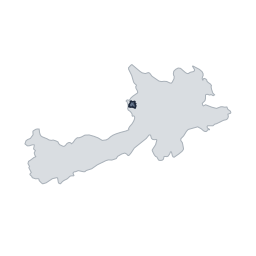 Xaythany, Vientiane [prefecture], Laos shown in context, rotated 107°
{"feature_id": "54806243B16467343540184", "entity_name": "Xaythany", "entity_type": "district", "adm_level": 2, "iso_a3": "LAO", "parent_name": "Laos", "parent_adm1": "Vientiane [prefecture]", "projection": "mercator", "projection_center": [102.749, 18.15], "detail": "fine", "context": "in_parent", "style": "filled", "palette": "slate", "viewbox_px": 256, "rotation_deg": 107, "n_neighbors": 0, "source": "geoboundaries", "source_scale": "gbopen_adm2", "svg_char_len": 5215}
<svg xmlns="http://www.w3.org/2000/svg" viewBox="0 0 256 256"><g transform="rotate(107 128 128)"><path d="M91.5,36.8L92.7,38.9L98.1,44.7L99.0,46.2L101.0,47.4L102.6,52.5L103.3,52.8L104.2,52.5L104.9,51.8L105.4,49.8L105.8,49.6L106.4,51.2L107.9,51.7L108.6,52.4L108.8,53.6L108.6,54.9L107.3,57.8L106.5,61.7L111.8,70.0L114.0,71.1L119.3,72.5L122.8,74.3L124.5,73.9L126.1,71.8L128.0,70.7L131.5,68.9L132.5,68.8L134.5,69.5L137.7,71.6L142.5,75.4L142.4,76.5L141.5,77.5L138.9,79.0L138.0,80.0L138.6,80.4L140.7,80.6L143.3,81.5L144.0,82.5L144.5,84.8L144.9,85.2L147.3,85.0L148.0,85.3L148.9,86.0L149.7,87.9L149.7,89.4L147.3,91.9L147.1,93.4L145.8,95.2L142.6,98.2L141.8,98.4L135.8,96.7L131.1,96.9L130.7,97.6L131.5,99.4L131.7,101.2L131.0,102.6L128.3,104.3L128.2,105.1L128.7,105.9L132.7,107.5L145.3,116.1L151.0,117.8L153.6,118.9L154.2,119.5L154.2,120.2L153.5,121.2L153.0,122.9L153.0,123.9L153.6,124.8L154.6,126.3L158.1,129.6L160.7,130.3L163.4,134.1L164.2,137.3L165.5,139.4L172.1,146.5L177.6,150.8L180.8,155.4L182.4,156.5L182.9,158.2L183.3,163.1L185.2,165.5L185.6,166.5L186.4,167.2L187.3,167.4L189.2,165.8L189.6,166.0L190.5,168.6L191.3,169.5L194.2,171.1L197.2,174.2L198.9,175.3L201.0,176.2L201.2,177.2L200.9,178.2L200.2,178.8L196.6,180.6L196.2,181.4L198.5,185.4L204.4,190.3L206.3,193.2L205.9,194.6L204.3,197.5L203.0,198.2L202.7,199.1L203.6,201.5L203.5,205.0L202.4,205.9L201.3,208.1L200.6,208.3L198.8,207.5L195.0,211.2L193.4,211.0L191.4,213.2L189.0,213.4L187.3,211.9L183.7,209.3L182.4,207.8L181.2,209.1L179.3,210.4L176.6,210.0L175.9,211.8L175.4,212.2L172.1,212.5L171.5,212.8L172.0,214.5L174.0,217.4L174.5,219.1L173.3,221.9L170.0,221.8L168.5,220.7L166.5,218.3L162.2,216.8L159.3,217.9L158.5,217.8L156.3,215.9L155.5,214.6L155.0,212.7L158.3,211.2L160.0,210.1L161.1,208.8L161.5,207.5L162.0,202.1L162.5,200.2L162.3,197.8L161.4,196.0L161.4,193.2L161.8,190.9L163.1,189.8L164.0,188.2L164.5,184.6L164.1,183.6L162.9,182.7L160.8,181.9L159.5,180.8L158.9,179.5L159.0,178.4L159.6,177.4L158.0,176.3L154.3,175.1L152.2,173.7L151.7,172.0L150.1,169.8L147.4,167.1L146.0,163.1L145.9,158.0L146.2,153.8L147.4,149.0L145.8,145.4L144.0,143.6L141.6,142.2L139.3,140.3L137.1,137.7L134.5,134.0L131.4,129.0L129.4,126.7L128.3,127.3L126.1,126.8L122.7,125.3L119.8,124.6L117.3,124.4L115.6,124.8L114.9,125.5L114.8,126.3L115.4,127.0L115.1,127.6L113.8,128.0L112.7,128.9L111.5,130.7L110.7,133.1L109.5,134.0L107.5,134.2L105.6,134.9L103.8,136.1L102.9,136.9L103.0,137.5L102.6,137.7L101.7,137.3L101.2,136.6L101.3,135.3L100.3,134.5L98.4,134.0L96.2,132.7L91.9,129.3L91.0,129.1L89.6,130.0L87.8,131.9L86.3,132.7L85.1,132.3L84.2,133.0L83.6,134.7L82.4,136.1L76.7,139.8L71.6,144.6L70.3,145.1L67.2,143.7L66.2,142.8L70.4,133.0L71.1,130.6L70.9,127.4L69.1,124.8L69.1,124.0L69.3,123.2L71.5,120.2L74.0,112.3L73.9,109.8L72.8,107.2L72.2,104.6L72.7,101.1L72.5,99.7L71.3,99.1L67.4,98.4L65.1,98.9L64.1,99.9L62.8,100.5L60.3,100.8L58.0,99.6L56.0,97.6L55.6,95.2L58.0,89.8L58.6,87.8L58.5,86.8L58.1,85.8L57.5,85.7L56.3,84.4L55.1,82.2L53.9,81.2L52.8,81.4L51.9,82.3L50.2,84.3L49.7,84.1L51.1,76.7L52.5,73.6L54.1,72.1L55.8,71.5L57.6,71.7L59.1,71.5L60.3,70.7L60.2,70.3L58.7,70.2L58.2,69.3L58.5,67.8L59.1,66.7L60.1,66.3L61.0,64.7L61.9,62.0L63.0,60.6L64.3,60.6L66.6,59.4L69.8,57.1L71.0,54.9L72.2,56.0L71.7,58.5L72.4,59.1L72.7,60.0L72.5,61.4L72.8,62.6L73.2,63.2L73.9,63.5L77.3,62.5L79.4,62.4L82.7,64.2L84.7,62.9L84.8,62.3L83.1,60.6L83.6,54.1L83.4,49.1L80.6,45.5L80.1,44.0L79.8,41.6L79.0,39.6L81.0,37.9L82.0,34.9L83.4,34.1L83.9,34.3L85.6,36.5L87.7,35.4L89.4,35.4L90.8,36.0L91.5,36.8Z" fill="#d9dde1" stroke="#a8b0b8" stroke-width="1"/><path d="M101.9,133.5L102.0,133.5L102.2,133.4L102.3,133.4L102.5,133.2L102.8,133.1L103.0,133.1L103.4,133.1L103.7,133.2L104.3,133.4L104.6,133.5L104.8,133.7L105.0,133.8L105.1,134.0L105.1,133.9L105.3,133.9L105.5,133.8L105.5,133.7L105.9,133.4L106.0,133.3L106.2,133.5L106.3,133.5L106.5,133.4L106.4,133.4L106.5,133.4L106.6,133.5L106.8,133.6L106.7,133.6L106.8,133.5L107.0,133.5L106.9,133.5L107.0,133.5L107.0,133.4L107.3,133.2L107.5,133.1L107.4,132.7L107.3,132.4L107.2,132.2L107.1,131.9L107.1,131.7L107.3,131.6L107.3,131.4L107.2,131.2L106.9,130.9L106.8,130.6L106.8,130.2L106.7,129.8L106.5,129.7L106.5,129.8L106.4,129.8L106.4,129.7L106.5,129.7L106.4,129.7L106.5,129.6L106.6,129.3L106.5,129.1L106.7,128.9L106.6,128.7L106.6,128.4L106.6,128.1L106.7,127.9L106.8,127.8L106.8,127.7L106.9,127.4L106.9,127.1L106.7,127.0L106.6,126.9L106.4,126.9L106.2,126.9L105.8,127.1L105.6,127.2L105.3,127.1L105.2,127.0L104.8,126.9L104.7,126.9L104.7,127.0L104.4,127.2L104.3,127.3L104.3,127.5L104.2,127.6L104.1,127.8L103.8,127.8L103.5,127.8L103.5,128.0L103.4,128.0L103.2,128.0L103.0,127.9L102.9,127.9L102.9,128.0L102.8,127.9L102.7,127.9L102.4,127.8L102.3,128.0L102.2,128.2L102.1,128.3L102.0,128.5L102.0,128.4L102.0,128.5L101.9,128.5L102.0,128.5L102.0,128.8L101.9,128.9L101.9,129.0L102.0,129.1L101.9,129.1L101.7,129.1L101.4,129.1L101.2,129.3L101.0,129.2L100.9,129.1L100.7,129.1L100.6,129.3L100.6,129.5L100.8,129.7L100.9,129.8L101.0,129.9L101.0,130.1L101.2,130.5L101.3,130.7L101.5,131.1L101.6,131.3L101.7,131.5L101.7,131.8L101.7,132.0L101.5,132.3L101.4,132.5L101.3,132.8L101.5,133.0L101.6,132.9L101.7,133.0L101.8,133.1L101.8,133.3L101.8,133.5L101.9,133.5Z" fill="#64748b" stroke="#1e293b" stroke-width="1.5"/></g></svg>